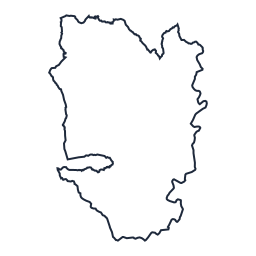 the district of Agrado, Huila, Colombia
{"feature_id": "7082276B63113141901274", "entity_name": "Agrado", "entity_type": "district", "adm_level": 2, "iso_a3": "COL", "parent_name": "Colombia", "parent_adm1": "Huila", "projection": "natural_earth1", "projection_center": [-75.707, 2.263], "detail": "fine", "context": "isolated", "style": "outline", "palette": "slate", "viewbox_px": 256, "rotation_deg": 0, "n_neighbors": 0, "source": "geoboundaries", "source_scale": "gbopen_adm2", "svg_char_len": 5677}
<svg xmlns="http://www.w3.org/2000/svg" viewBox="0 0 256 256"><path d="M177.5,24.5L176.9,25.4L174.8,26.3L173.7,27.6L172.7,27.4L172.1,28.3L170.4,29.2L169.0,31.0L167.5,31.4L166.4,31.0L165.8,31.7L165.6,32.6L164.0,33.1L162.6,34.9L162.2,35.9L162.1,36.8L163.1,38.3L162.3,40.5L162.3,41.3L161.9,42.1L162.0,43.1L161.7,43.4L161.6,44.1L162.1,45.5L162.2,47.5L162.6,47.8L163.1,48.9L163.6,53.0L163.3,53.7L162.2,54.5L161.9,56.1L160.7,57.1L159.8,58.4L159.1,56.3L158.0,55.5L157.5,54.4L155.7,52.8L156.0,50.9L154.8,49.4L154.1,49.8L153.4,49.7L151.7,51.0L150.7,52.6L150.4,52.6L147.9,49.5L147.3,49.6L146.2,47.0L145.3,45.6L142.7,43.2L141.2,41.2L140.3,40.7L140.2,40.0L140.7,39.4L140.8,38.7L139.6,37.6L139.2,36.3L137.9,35.4L136.6,35.2L135.9,34.2L135.0,34.4L134.6,33.9L133.9,33.7L132.6,31.9L131.6,31.6L131.0,30.8L130.2,30.5L128.9,29.0L128.1,27.1L125.8,24.7L124.6,20.8L123.2,19.8L120.8,18.9L117.5,19.7L115.8,19.3L115.1,19.8L113.8,19.5L113.9,20.2L113.5,21.4L112.7,22.2L112.3,22.3L112.6,22.9L112.6,23.5L110.7,23.6L110.3,23.5L110.2,22.9L109.9,22.5L109.0,22.6L107.7,22.1L107.3,22.4L105.7,22.3L104.8,21.4L102.1,21.6L101.2,20.6L100.1,20.8L99.1,19.9L98.0,17.7L97.6,17.4L97.6,17.0L98.2,16.5L97.9,16.1L96.8,16.7L95.4,16.4L94.7,16.7L94.7,17.2L95.3,17.8L95.6,18.5L95.3,18.6L94.9,17.8L94.0,18.1L92.1,17.4L91.4,17.6L90.9,17.2L90.3,17.6L90.0,17.6L89.2,17.2L88.8,16.0L85.4,19.6L85.1,20.7L83.5,22.6L81.3,23.2L78.9,22.2L78.2,21.5L77.5,20.1L75.3,17.9L75.2,16.8L74.6,16.2L70.8,15.7L69.6,16.0L66.3,15.4L65.4,16.1L60.7,18.1L61.4,19.4L61.5,20.7L61.2,22.0L60.8,22.2L61.0,23.2L60.8,26.1L61.7,27.2L62.0,31.6L61.4,32.6L62.1,33.6L61.3,35.6L61.2,38.2L60.4,39.7L60.3,40.3L59.7,41.5L59.5,44.0L60.6,46.4L61.1,46.9L61.0,48.0L61.4,48.5L62.2,48.6L62.7,49.5L63.6,50.2L63.8,51.8L65.7,53.0L65.5,53.6L63.6,53.9L63.5,54.8L63.7,56.9L65.5,57.4L61.3,61.6L58.9,64.9L56.1,66.3L55.3,67.8L51.8,68.1L51.3,68.5L50.3,69.9L49.2,72.7L50.0,73.4L51.7,76.3L52.5,76.6L53.0,77.4L53.1,79.1L53.5,80.6L54.6,81.6L55.3,82.9L56.3,83.5L56.7,84.8L57.6,85.5L58.3,87.1L59.5,88.8L59.9,89.1L60.8,89.1L61.1,89.5L61.3,90.9L63.0,94.8L64.1,100.0L65.7,104.4L66.2,107.0L65.5,107.6L65.6,108.8L65.4,109.5L66.1,114.2L66.7,115.2L66.7,115.9L66.1,118.1L65.6,118.5L64.7,121.5L63.9,122.8L63.4,124.2L62.9,124.5L62.8,124.8L62.9,125.4L63.8,125.9L64.2,126.9L64.7,127.2L64.7,128.4L64.4,129.0L65.0,130.9L65.1,135.7L65.6,140.3L64.0,143.4L64.4,149.0L65.3,151.2L67.7,159.4L78.7,157.3L84.4,156.7L85.9,155.5L86.8,155.4L88.2,155.8L90.0,154.7L91.0,154.5L92.6,154.6L93.1,155.0L93.8,155.1L94.5,154.8L95.7,155.1L97.3,154.5L104.6,156.0L106.2,157.8L107.3,157.1L108.7,157.8L109.8,157.8L111.3,160.4L112.8,162.0L112.6,162.6L112.9,163.5L112.5,164.6L111.4,165.0L110.5,166.4L109.8,166.2L109.4,167.3L108.8,167.0L108.3,167.3L107.9,166.8L106.8,167.0L106.7,167.5L105.8,167.8L105.4,168.3L104.4,168.1L103.8,170.0L102.1,169.5L100.9,169.5L99.6,170.2L99.2,171.8L98.2,172.3L97.9,172.3L97.2,171.3L96.6,171.2L96.1,170.6L94.6,170.6L93.1,169.5L92.3,169.7L91.9,169.3L91.9,168.8L90.9,167.5L89.5,167.3L87.9,167.7L87.3,167.6L86.5,168.5L84.3,169.3L84.0,169.8L83.5,169.8L83.2,170.2L82.6,169.9L82.2,170.1L81.7,170.8L80.9,170.0L79.8,170.2L79.1,169.9L77.8,170.3L76.1,170.0L69.2,169.9L67.7,169.1L66.5,167.9L66.2,167.2L64.1,167.0L63.0,167.4L60.8,169.6L59.6,169.5L58.5,168.5L57.5,168.3L57.7,169.9L59.7,173.5L59.8,175.5L61.0,178.1L61.2,177.8L62.1,178.0L63.2,179.8L65.2,179.1L66.1,179.2L67.3,180.4L67.6,181.1L70.9,181.5L72.2,180.9L73.9,181.4L74.6,183.2L74.5,183.9L75.6,184.5L77.5,186.2L77.9,189.7L78.7,192.5L80.4,193.3L80.4,195.1L80.9,196.9L81.7,198.0L83.5,199.3L86.2,200.7L89.7,202.0L91.2,203.8L90.7,206.3L90.8,207.0L91.5,207.8L93.4,208.5L95.6,208.6L96.6,210.3L98.7,211.6L101.0,212.5L102.7,215.2L104.5,215.8L105.9,217.4L106.4,217.5L107.2,218.8L109.8,226.7L109.9,227.4L112.0,232.2L113.0,236.9L114.1,237.8L115.9,240.0L116.3,239.9L117.9,240.6L122.6,237.0L123.4,237.0L126.8,238.2L132.5,237.5L133.6,237.6L134.2,238.3L135.6,238.7L137.6,237.8L139.6,237.4L141.7,238.1L143.5,239.3L144.9,240.6L145.9,240.0L148.0,237.5L151.1,233.1L152.2,232.3L155.0,232.7L156.3,233.9L157.7,234.6L159.3,233.2L161.0,230.2L168.4,229.4L168.8,227.9L167.9,227.0L169.1,225.0L171.6,219.7L172.7,219.1L173.9,219.2L175.2,219.8L176.0,221.1L176.8,221.8L177.4,221.8L179.6,219.2L179.9,217.2L180.7,215.9L182.9,209.3L182.7,208.6L181.3,206.2L180.8,203.5L180.9,200.6L180.7,200.1L177.9,199.3L176.6,200.2L175.6,202.2L174.1,202.4L169.7,201.0L167.7,200.0L166.8,199.1L166.7,197.9L167.6,195.5L168.5,194.7L169.6,192.7L173.7,188.4L173.9,187.7L173.5,185.3L172.2,182.0L172.2,181.2L173.1,179.7L174.0,179.3L180.5,182.9L181.5,183.0L184.3,181.5L185.3,180.2L184.9,179.5L184.9,178.6L185.4,174.6L186.1,173.8L191.8,172.0L195.2,169.8L195.5,168.8L194.8,166.9L194.9,162.7L193.5,153.2L193.5,150.1L192.0,145.5L192.6,144.0L194.0,142.5L194.6,140.2L194.9,137.8L194.3,135.4L194.4,134.7L196.4,131.9L197.4,131.2L198.8,130.7L200.3,127.9L199.8,127.0L198.8,126.5L197.1,126.5L194.4,127.0L193.2,126.3L190.8,123.7L192.9,120.1L195.3,114.6L196.3,113.5L202.8,108.8L205.5,107.5L206.5,105.0L206.8,103.3L206.4,101.5L205.2,100.9L203.4,101.2L199.8,104.2L198.8,103.4L198.1,102.0L197.5,99.2L199.0,97.2L200.2,94.6L200.5,93.3L199.8,91.5L198.8,90.9L197.1,90.9L195.4,90.3L193.8,88.8L192.5,86.9L192.2,85.3L194.9,78.9L194.9,76.7L196.2,74.7L196.7,72.1L202.4,69.8L202.6,68.8L200.8,67.0L199.8,64.4L197.2,60.0L196.6,57.1L197.4,55.6L199.2,54.2L202.2,53.2L203.0,52.0L203.2,51.0L202.8,50.0L202.6,48.7L202.8,48.1L202.5,47.4L200.1,45.0L199.4,44.6L198.4,44.6L197.7,43.2L196.3,41.7L195.1,41.7L194.3,42.3L192.9,42.6L192.1,43.5L191.0,43.9L189.7,43.4L188.5,43.4L187.7,42.6L186.3,42.0L184.0,39.9L181.5,40.0L179.4,36.0L179.1,33.6L178.1,32.1L178.2,31.4L178.7,30.5L178.5,29.0L178.8,28.6L177.5,24.5Z" fill="none" stroke="#1e293b" stroke-width="2"/></svg>